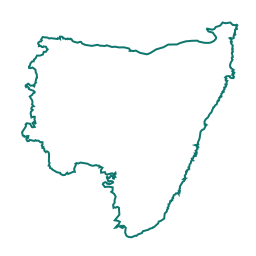 the district of Gunung Kidul, Yogyakarta, Indonesia, rotated 272°
{"feature_id": "22746128B54859500646728", "entity_name": "Gunung Kidul", "entity_type": "district", "adm_level": 2, "iso_a3": "IDN", "parent_name": "Indonesia", "parent_adm1": "Yogyakarta", "projection": "natural_earth1", "projection_center": [110.599, -7.993], "detail": "fine", "context": "isolated", "style": "outline", "palette": "teal", "viewbox_px": 256, "rotation_deg": 272, "n_neighbors": 0, "source": "geoboundaries", "source_scale": "gbopen_adm2", "svg_char_len": 5791}
<svg xmlns="http://www.w3.org/2000/svg" viewBox="0 0 256 256"><g transform="rotate(272 128 128)"><path d="M23.4,145.4L25.4,146.6L27.0,151.8L28.2,153.4L28.9,156.0L29.6,156.4L29.8,157.4L33.8,161.5L35.6,162.0L36.2,163.8L38.7,167.3L43.9,167.7L45.8,169.6L47.9,169.9L48.8,170.9L49.9,170.4L51.2,171.5L53.1,171.1L53.6,172.2L56.4,172.8L56.3,173.7L57.2,173.8L57.4,174.8L58.4,174.7L59.3,175.5L59.8,175.0L60.5,175.6L62.4,176.0L63.5,177.8L64.4,178.3L64.4,180.5L64.0,180.8L64.9,180.7L65.0,181.5L65.8,181.2L66.1,181.8L66.9,181.0L67.5,182.0L68.7,181.5L69.7,182.1L71.2,181.8L76.2,184.6L76.9,185.8L78.4,186.7L78.8,186.3L79.2,186.8L79.1,185.5L80.5,186.9L82.3,186.4L84.5,187.7L86.4,187.5L86.4,188.3L87.9,188.5L88.8,190.2L89.8,190.0L89.8,190.4L90.9,189.9L91.2,190.6L93.8,190.9L95.3,192.1L96.7,192.1L97.8,192.9L97.9,193.6L98.8,192.2L98.6,193.3L99.6,192.9L99.8,194.1L101.8,194.5L102.3,196.0L102.9,195.4L103.3,196.1L103.9,195.9L103.5,196.6L104.5,196.4L104.3,197.3L105.1,197.5L105.2,196.8L105.7,196.6L106.5,197.3L107.4,196.5L107.8,197.2L108.8,197.3L109.4,198.1L110.1,197.9L111.3,199.0L111.9,198.6L112.2,199.1L111.9,197.5L112.6,197.5L113.2,195.7L114.1,198.8L115.7,198.3L120.1,199.9L126.6,200.6L128.6,202.0L129.5,204.0L133.1,205.7L133.5,205.1L133.9,206.2L135.1,204.4L137.1,204.2L139.3,205.3L141.5,207.6L144.9,209.2L146.6,210.8L151.6,212.6L151.7,213.2L153.5,214.1L154.8,215.8L158.4,216.7L158.1,217.4L159.2,218.2L161.2,218.0L161.9,219.3L162.4,219.1L162.7,220.0L163.2,219.5L163.9,220.2L165.5,220.1L166.7,221.4L167.3,221.2L167.6,222.4L168.7,221.9L170.0,223.1L171.5,222.6L172.0,222.9L172.0,223.9L173.0,224.4L174.3,224.0L174.1,224.5L175.1,225.2L176.1,224.7L177.5,225.2L178.5,224.5L178.8,225.2L179.6,223.9L180.8,224.6L181.9,223.3L183.1,224.6L183.4,226.8L183.2,228.1L182.2,228.1L181.5,229.6L181.6,231.7L183.1,232.1L184.3,230.6L184.9,231.1L185.2,230.4L186.8,230.8L186.7,231.6L187.5,231.1L187.6,231.5L188.5,230.2L189.7,231.5L191.5,228.7L192.0,228.7L192.5,228.0L194.7,227.8L197.1,228.5L199.9,230.1L200.5,229.5L202.1,229.3L202.7,230.3L206.4,229.2L207.7,230.0L207.8,229.6L208.5,229.9L210.3,229.3L210.7,230.0L211.7,229.5L214.0,229.8L216.5,227.9L217.5,228.7L218.1,227.9L218.5,228.4L219.9,228.1L221.3,226.5L221.6,227.3L221.0,229.4L221.8,230.6L223.4,230.3L224.6,230.7L224.5,231.4L225.3,232.0L226.4,231.0L227.0,231.6L230.0,231.6L230.6,232.9L231.2,232.7L231.2,233.3L232.9,232.8L234.5,233.7L235.0,233.1L234.5,231.6L234.7,229.0L237.0,226.6L236.1,222.0L236.7,218.9L233.5,216.5L232.0,212.2L230.0,210.9L229.2,208.7L230.1,203.7L229.5,203.4L227.3,205.0L226.3,209.4L221.8,212.9L220.4,212.8L218.2,211.1L216.5,208.2L215.9,206.0L215.8,201.4L216.8,195.8L217.7,194.3L217.4,188.9L216.6,182.7L214.7,176.9L213.2,174.0L212.8,165.3L209.9,160.5L207.6,153.5L203.6,147.5L202.3,144.3L203.5,137.5L205.6,133.1L205.0,130.5L205.5,128.5L205.0,128.1L205.2,127.0L205.8,127.3L207.4,126.4L208.5,121.1L208.2,116.4L208.8,112.1L208.4,109.2L209.9,103.8L209.2,102.3L209.3,97.0L210.1,94.7L208.8,89.0L209.6,82.3L210.9,79.1L212.2,78.3L212.5,77.2L211.5,74.6L212.3,71.1L213.0,69.6L214.9,68.3L215.2,67.4L214.7,66.9L215.2,65.8L214.7,64.7L215.2,64.4L214.6,62.7L215.3,61.6L215.2,60.1L216.1,60.0L217.0,58.7L216.9,56.8L214.8,57.0L215.3,56.4L215.0,55.7L215.4,54.9L214.5,54.4L215.1,47.9L214.7,46.1L215.5,44.5L215.9,39.5L213.4,38.1L212.6,38.8L211.5,38.1L211.3,36.6L210.1,35.4L209.2,35.2L208.1,36.1L206.7,36.1L207.1,37.9L206.0,39.0L205.9,40.2L206.6,40.7L206.3,43.2L204.5,44.1L203.8,45.0L201.2,43.1L201.2,41.1L198.5,40.4L197.3,37.6L197.2,34.5L194.3,33.1L193.1,31.7L191.3,31.4L191.3,30.0L189.2,28.3L186.6,27.7L186.0,26.9L184.6,27.0L184.4,28.5L185.1,30.6L183.0,33.5L180.3,33.9L178.6,34.9L175.1,35.3L174.9,34.8L170.5,33.9L170.1,34.4L168.1,32.7L167.3,33.1L166.3,32.8L167.2,31.2L166.9,29.1L168.8,26.8L167.2,24.4L166.2,24.2L165.4,24.7L166.1,25.4L166.1,26.0L164.5,27.6L164.0,27.3L163.3,27.8L161.9,32.2L160.8,33.5L160.0,33.4L159.3,31.9L157.8,31.1L156.0,28.7L152.2,31.3L150.1,31.7L148.2,31.3L146.5,32.9L146.4,32.0L145.0,30.9L143.7,30.7L142.7,32.2L141.0,30.5L139.1,30.2L139.0,29.4L138.8,30.3L135.2,31.1L136.1,33.5L135.8,34.5L133.4,34.2L129.6,35.5L129.3,35.2L130.6,33.6L129.7,32.5L125.8,34.7L125.4,32.7L125.6,31.9L128.8,30.1L129.2,26.6L128.4,25.9L128.1,26.8L128.0,25.8L126.1,25.9L120.0,22.3L116.7,23.1L116.5,24.5L115.6,24.8L116.0,26.5L115.6,27.4L116.4,27.6L116.5,28.7L114.7,28.5L114.4,27.3L113.5,26.7L111.4,27.9L111.6,29.4L112.7,30.1L111.8,34.8L112.6,36.1L112.1,36.7L112.2,39.0L110.7,41.0L110.9,42.9L108.8,43.2L107.6,42.4L106.8,42.8L106.6,43.5L106.5,42.9L105.4,43.1L105.9,44.1L104.8,44.1L104.2,45.1L102.4,45.2L101.0,46.7L101.8,47.3L101.8,48.0L101.1,49.2L99.6,50.0L91.6,50.1L90.2,50.9L87.6,50.0L87.2,51.1L85.2,51.6L84.8,53.2L84.1,53.5L81.3,58.4L80.8,61.8L79.8,62.1L78.6,64.6L78.8,66.5L81.2,68.8L79.9,69.7L82.6,75.4L82.4,76.3L85.4,75.6L89.4,77.2L90.4,76.7L91.1,77.7L90.8,79.6L91.8,81.7L90.9,88.8L89.5,91.6L89.0,94.3L89.8,97.4L89.2,99.3L89.4,100.3L88.7,101.2L87.7,100.9L88.1,102.5L87.4,103.9L84.9,102.4L82.4,102.7L83.1,106.5L81.3,107.3L80.7,108.3L82.2,113.6L81.8,114.7L80.8,115.0L82.8,117.0L81.7,117.3L80.9,116.4L79.3,116.3L78.6,117.0L78.3,116.3L76.8,115.6L77.2,114.7L78.6,114.6L79.9,112.7L77.4,111.1L77.2,110.1L78.5,109.1L78.1,108.5L74.1,110.2L73.7,111.1L74.4,111.9L74.2,114.0L73.6,114.9L73.0,115.0L71.3,111.9L71.6,109.1L72.6,108.5L73.1,107.1L71.9,105.2L70.8,104.8L68.2,107.0L68.7,110.1L68.2,114.7L64.8,114.8L63.6,113.5L61.7,116.5L58.9,118.1L55.3,117.1L53.1,117.3L50.6,115.8L47.8,116.3L48.3,117.0L47.9,118.3L48.8,120.0L48.0,121.7L41.1,122.4L35.3,118.0L34.8,121.4L34.0,123.1L31.2,122.0L30.4,120.8L28.0,118.9L28.3,120.2L29.9,121.7L27.9,125.8L28.2,126.4L28.8,126.3L30.0,125.2L30.1,127.2L28.3,129.2L23.5,128.8L20.8,129.9L19.7,130.9L19.0,133.3L19.0,135.5L20.7,139.3L20.5,140.2L22.1,141.9L23.4,145.4ZM187.4,232.4L187.2,231.7L186.9,231.9L187.4,232.4Z" fill="none" stroke="#0f766e" stroke-width="2"/></g></svg>